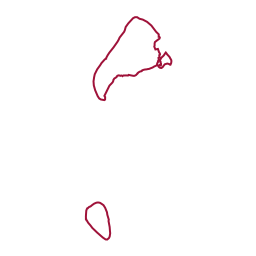 Niuatoputapu, Tonga (Natural Earth projection), rotated 177°
{"feature_id": "48082658B65008751810266", "entity_name": "Niuatoputapu", "entity_type": "district", "adm_level": 2, "iso_a3": "TON", "parent_name": "Tonga", "parent_adm1": "", "projection": "natural_earth1", "projection_center": [-173.776, -15.91], "detail": "fine", "context": "isolated", "style": "outline", "palette": "rose", "viewbox_px": 256, "rotation_deg": 177, "n_neighbors": 0, "source": "geoboundaries", "source_scale": "gbopen_adm2", "svg_char_len": 2400}
<svg xmlns="http://www.w3.org/2000/svg" viewBox="0 0 256 256"><g transform="rotate(177 128 128)"><path d="M131.6,218.8L132.7,216.7L133.9,214.8L138.2,209.3L142.7,204.2L144.6,201.6L146.1,199.1L146.2,198.4L146.3,198.4L147.5,197.8L151.1,194.2L152.4,192.3L155.7,188.2L158.4,183.4L159.2,180.4L160.0,176.4L159.9,172.3L158.8,167.4L156.6,161.4L155.2,159.0L153.6,157.9L150.2,157.1L149.4,157.6L149.2,160.1L149.9,161.3L144.3,171.3L141.1,174.3L140.7,174.9L140.2,175.9L140.1,176.7L139.1,178.1L136.8,179.4L136.5,180.1L135.8,180.7L135.7,180.8L134.9,180.9L134.4,181.1L132.9,180.5L132.1,180.8L131.1,180.5L130.8,180.1L129.8,180.7L127.1,180.6L125.2,180.4L124.6,181.0L122.3,180.4L121.5,180.2L119.9,179.8L118.7,179.8L117.3,180.4L115.6,181.9L115.7,182.1L114.9,182.8L114.2,183.2L112.6,183.9L111.9,183.9L111.2,184.2L110.9,184.8L109.7,185.2L108.2,185.5L106.2,185.6L105.2,185.8L103.9,185.9L101.6,186.7L100.3,187.1L99.4,187.6L98.5,188.1L97.1,188.6L95.9,189.2L95.4,191.2L94.7,192.0L94.6,193.2L93.8,193.8L93.8,195.2L93.9,196.5L93.4,196.8L92.8,197.1L93.0,199.1L92.2,199.6L92.3,200.8L93.0,201.9L94.0,205.4L96.5,205.0L97.5,207.9L97.1,209.1L97.0,211.1L96.6,212.4L94.5,213.9L91.9,215.6L91.5,216.6L91.9,217.4L92.6,217.5L92.4,219.9L94.9,222.6L99.3,229.1L103.4,233.0L107.6,235.5L110.8,236.5L113.1,238.2L115.2,238.3L117.2,237.4L122.2,232.5L125.0,229.0L126.0,226.0L126.8,224.3L131.6,218.8ZM160.3,21.3L158.7,19.8L157.0,18.5L156.2,17.9L154.6,17.7L152.8,19.1L152.0,20.5L151.3,23.8L151.4,26.0L151.5,30.1L152.3,36.1L152.0,37.5L153.2,42.5L153.4,44.9L155.0,49.5L156.5,52.2L158.4,53.7L159.8,54.7L161.1,55.1L162.5,55.2L163.7,55.0L165.8,54.2L167.7,53.0L169.6,51.6L170.8,51.3L172.1,50.3L172.3,50.0L172.8,50.0L173.4,49.1L174.0,47.6L174.1,46.7L174.5,43.5L174.7,41.5L174.7,40.1L174.8,39.5L174.5,39.1L174.7,38.8L174.5,38.4L174.2,38.1L174.1,37.7L173.7,37.4L172.9,35.7L172.4,35.0L170.6,32.7L168.8,30.0L164.2,25.1L160.3,21.3ZM92.2,191.9L91.7,190.9L91.7,189.8L91.7,189.2L92.0,188.8L92.6,189.2L92.9,189.4L94.1,188.8L94.5,188.2L94.1,187.5L93.1,186.6L92.2,186.3L91.4,186.2L90.0,187.2L89.1,188.4L87.9,189.7L85.4,190.3L83.8,189.8L83.3,189.5L83.1,189.2L82.3,189.0L81.5,190.6L81.2,192.1L81.2,193.4L81.7,194.5L82.2,195.4L82.7,196.6L83.8,198.0L84.5,198.8L85.2,199.7L85.7,200.6L86.3,201.4L87.4,200.1L88.0,199.2L88.5,198.6L89.1,198.0L90.0,197.3L91.0,196.4L91.5,195.7L92.4,194.2L92.4,192.8L92.0,192.4L92.2,191.9Z" fill="none" stroke="#9f1239" stroke-width="2"/></g></svg>